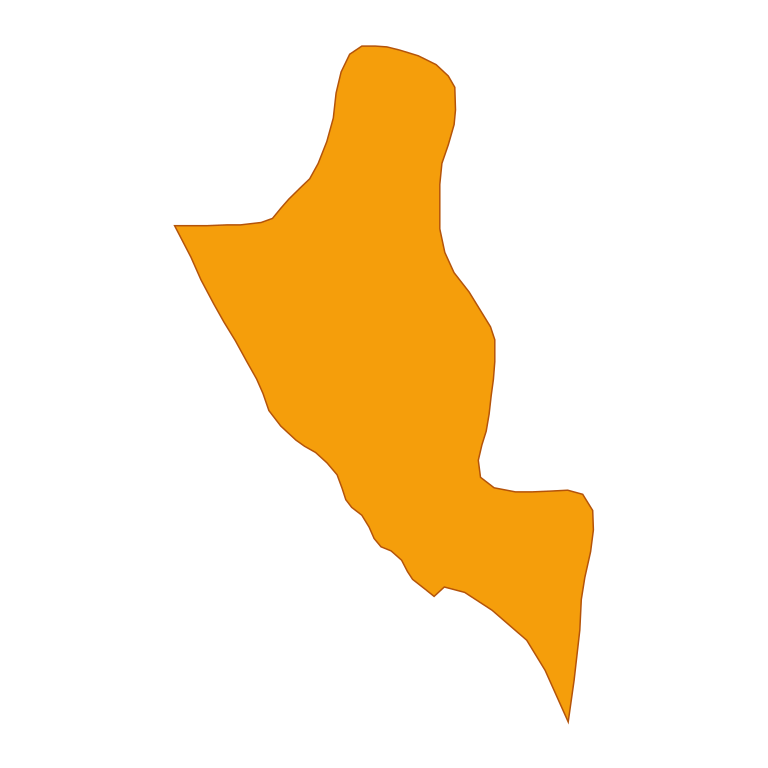 the district of Louetsi-Wano, Ngounié, Gabon
{"feature_id": "22940354B18924798450478", "entity_name": "Louetsi-Wano", "entity_type": "district", "adm_level": 2, "iso_a3": "GAB", "parent_name": "Gabon", "parent_adm1": "Ngounié", "projection": "robinson", "projection_center": [11.582, -2.167], "detail": "fine", "context": "isolated", "style": "filled", "palette": "amber", "viewbox_px": 768, "rotation_deg": 0, "n_neighbors": 0, "source": "geoboundaries", "source_scale": "gbopen_adm2", "svg_char_len": 1236}
<svg xmlns="http://www.w3.org/2000/svg" viewBox="0 0 768 768"><path d="M568.2,721.9L574.1,680.3L579.8,630.2L581.3,599.5L584.8,577.6L590.6,551.7L593.4,529.9L592.7,510.5L582.7,494.3L567.7,490.2L550.5,491.1L531.9,491.9L515.5,491.9L494.1,487.8L480.5,477.3L478.3,460.3L481.9,444.9L486.2,431.2L489.1,414.2L491.2,395.6L493.4,379.4L494.8,361.6L494.8,339.8L490.5,326.8L469.1,292.0L454.0,272.6L444.8,252.4L439.8,228.9L439.8,206.3L439.8,184.4L441.9,163.4L448.3,144.8L454.1,124.6L455.5,110.0L454.8,87.3L448.3,76.0L436.2,64.7L418.3,55.8L399.7,50.1L386.9,46.9L375.5,46.1L375.4,46.1L361.8,46.1L349.7,54.2L341.1,72.0L336.1,93.0L333.3,118.1L326.8,141.6L318.2,163.4L309.7,178.8L300.4,187.7L288.9,199.0L281.1,207.9L272.5,218.4L261.1,222.5L240.3,224.9L226.8,224.9L206.8,225.7L174.6,225.7L191.0,257.3L201.0,279.9L213.9,304.2L223.9,322.0L235.3,340.6L246.8,361.6L256.6,379.0L263.0,393.5L268.9,410.6L280.8,426.1L295.9,440.1L304.6,446.3L315.6,452.5L327.0,462.9L337.1,474.8L342.1,488.3L345.8,499.7L351.7,507.4L361.8,515.2L369.1,527.1L374.1,538.5L381.0,546.8L391.1,550.9L401.6,560.2L407.5,571.6L412.6,579.4L424.5,588.7L434.1,596.4L444.3,587.0L464.7,592.4L492.0,610.2L526.7,640.2L545.1,670.3L568.2,721.9Z" fill="#f59e0b" stroke="#b45309" stroke-width="1.5"/></svg>